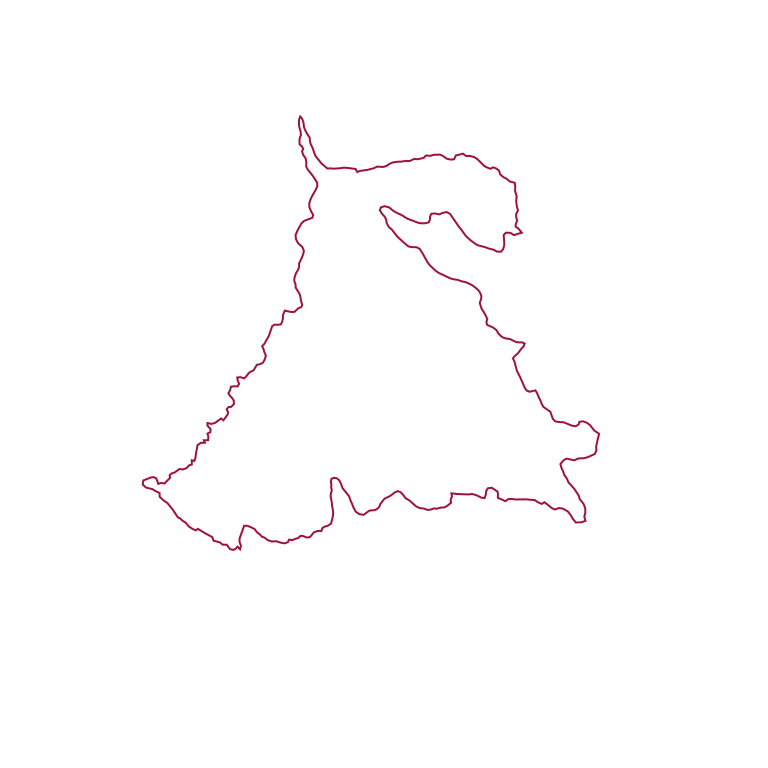 the district of Riacho dos Machados, Minas Gerais, Brazil, rotated 132°
{"feature_id": "56859067B56207215470849", "entity_name": "Riacho dos Machados", "entity_type": "district", "adm_level": 2, "iso_a3": "BRA", "parent_name": "Brazil", "parent_adm1": "Minas Gerais", "projection": "natural_earth1", "projection_center": [-43.01, -16.044], "detail": "fine", "context": "isolated", "style": "outline", "palette": "rose", "viewbox_px": 768, "rotation_deg": 132, "n_neighbors": 0, "source": "geoboundaries", "source_scale": "gbopen_adm2", "svg_char_len": 6166}
<svg xmlns="http://www.w3.org/2000/svg" viewBox="0 0 768 768"><g transform="rotate(132 384 384)"><path d="M241.3,625.3L243.8,624.3L246.4,622.5L249.2,619.6L252.3,614.8L254.7,612.2L257.6,611.2L259.8,609.6L262.4,607.1L262.3,604.0L263.3,601.4L266.0,600.5L267.7,597.6L268.8,593.2L271.2,590.1L274.4,587.4L275.6,584.3L277.1,575.6L279.1,568.4L281.7,565.9L284.9,564.8L292.7,563.1L296.3,562.0L300.1,560.2L302.4,557.9L304.3,554.2L305.8,549.7L308.5,548.5L316.2,552.5L320.0,552.8L327.4,551.1L332.5,549.4L335.3,546.3L336.9,542.0L336.8,536.4L338.6,532.7L341.4,531.0L344.8,529.7L351.2,527.8L353.8,525.4L357.2,524.1L360.4,523.6L365.2,521.5L367.6,519.4L369.1,516.5L371.5,514.1L373.3,507.8L374.5,505.4L378.1,500.8L379.9,497.7L382.3,496.9L384.7,498.3L390.3,498.8L392.3,500.8L394.1,503.6L395.8,506.8L400.3,505.3L403.0,502.9L405.7,501.4L408.7,500.5L411.1,502.6L413.1,505.0L415.8,505.8L425.7,501.6L430.1,500.8L433.7,499.8L437.5,499.8L438.8,496.6L440.3,494.5L442.0,490.7L445.6,489.1L449.1,488.2L452.2,489.4L454.8,491.3L461.1,490.1L464.1,491.3L466.5,491.8L470.2,491.5L473.3,491.6L475.1,495.4L477.4,497.4L479.4,494.9L480.8,491.8L483.8,491.2L486.1,494.0L488.4,495.9L491.7,494.2L495.1,493.4L495.8,490.6L496.1,487.4L496.8,484.6L499.4,482.1L503.3,482.3L505.1,484.1L508.1,484.0L509.2,481.1L511.4,479.7L518.5,479.1L518.6,482.0L525.9,483.5L529.1,485.5L531.1,489.1L533.0,487.4L533.6,482.7L535.9,480.8L539.0,482.0L540.6,479.4L543.4,477.0L546.3,480.2L547.5,477.8L550.0,480.6L554.1,481.7L562.3,476.7L565.5,474.4L568.0,473.5L569.3,475.8L572.5,472.9L574.8,474.4L578.5,474.4L581.9,476.1L584.0,479.1L589.9,480.4L592.7,482.0L595.2,482.3L596.9,480.2L604.9,480.6L606.6,483.5L609.3,484.9L607.8,487.5L606.5,490.5L607.5,493.1L609.6,494.8L616.7,498.3L620.2,496.0L620.2,491.5L617.1,485.8L616.5,482.3L615.2,477.8L617.9,475.3L618.1,470.5L617.4,465.3L618.7,457.1L621.0,448.0L620.3,445.4L620.4,442.2L619.8,439.0L620.5,433.5L619.7,428.9L618.6,425.8L616.2,425.4L614.6,417.1L612.7,409.1L614.5,405.9L611.6,400.2L611.3,396.3L608.6,393.2L609.8,388.0L608.0,384.9L605.7,384.0L602.9,384.0L603.2,380.4L599.8,382.2L598.1,385.7L595.3,388.0L582.9,393.1L580.7,390.5L579.6,387.4L578.4,383.1L579.2,378.9L578.8,375.8L579.2,372.9L578.1,369.8L577.8,365.8L575.9,361.7L573.0,359.0L571.1,354.7L568.8,351.1L565.9,349.6L563.2,350.4L561.3,347.7L558.3,346.2L555.8,344.6L552.9,344.5L551.1,342.5L549.9,338.8L547.4,336.6L541.0,336.8L537.3,334.8L535.2,332.1L532.1,333.4L529.4,332.5L526.9,330.9L523.3,329.9L516.8,333.3L513.9,335.4L511.2,338.4L509.6,340.8L507.3,343.1L503.2,348.5L500.6,350.4L498.0,351.6L496.0,354.3L493.9,355.8L492.0,358.3L489.6,359.6L487.1,358.4L485.7,356.1L485.5,352.8L486.7,349.6L489.1,345.2L490.8,334.8L492.9,331.1L494.5,327.4L496.2,324.0L497.8,319.6L497.2,315.2L494.8,311.6L487.8,310.1L483.9,306.5L481.5,305.5L478.5,305.3L475.4,306.5L469.0,306.9L462.7,304.4L457.5,303.5L454.4,302.1L453.3,299.4L453.5,296.1L454.4,291.7L453.5,286.9L453.5,278.3L452.2,274.2L449.8,270.9L448.5,267.4L446.0,265.2L443.1,263.7L441.6,261.5L438.0,259.2L435.1,256.4L431.5,255.3L427.4,254.7L425.2,257.2L422.1,258.2L420.1,260.7L416.7,255.9L411.4,249.5L409.1,246.9L406.9,245.1L405.5,242.5L404.3,239.3L403.4,235.8L401.5,232.9L398.1,234.3L395.1,236.5L391.9,237.0L389.0,234.5L388.0,227.6L390.3,224.9L392.4,223.3L389.8,215.3L386.5,214.7L384.3,212.6L381.8,209.0L374.8,201.4L369.3,194.1L368.9,190.4L367.5,186.5L364.5,185.7L364.2,182.5L363.9,176.0L363.0,173.1L359.1,171.0L357.0,167.8L355.7,162.1L356.4,157.9L357.9,153.3L358.6,148.8L354.6,144.7L350.9,142.7L348.5,146.4L345.0,148.2L341.7,151.3L339.7,155.2L339.0,158.7L338.6,161.7L336.7,164.4L334.6,172.3L333.6,181.3L332.0,184.5L330.9,189.2L329.1,192.4L327.8,195.6L325.5,199.3L322.0,199.5L319.5,199.3L317.0,198.1L314.9,194.1L313.1,191.3L310.0,190.2L307.5,188.0L305.5,185.9L302.2,183.7L294.9,180.5L291.2,181.8L288.5,184.5L282.4,188.0L277.1,190.8L277.9,196.6L276.7,203.4L277.0,207.2L278.6,211.2L281.4,213.5L283.8,212.3L287.2,213.3L289.2,216.4L292.2,224.8L295.9,229.5L297.2,232.0L296.9,235.2L293.3,241.9L294.4,250.4L293.0,254.1L291.6,256.7L290.1,260.5L288.4,264.1L287.4,267.2L292.3,270.6L293.4,273.5L292.6,276.9L287.7,287.7L285.4,293.8L281.8,299.4L280.0,302.0L278.7,305.4L275.4,305.5L271.6,305.0L265.4,305.6L262.8,305.4L259.8,306.5L260.7,309.3L262.8,311.5L264.5,314.2L266.4,320.6L269.0,324.6L270.1,327.8L270.0,332.5L268.7,336.5L269.0,340.6L271.1,347.0L269.5,349.3L266.6,350.7L265.2,353.9L263.7,358.1L263.1,361.0L261.6,363.9L259.6,367.2L256.0,368.6L253.4,370.6L251.9,373.7L251.2,376.4L251.2,380.3L251.6,384.4L252.4,387.7L253.7,391.5L255.6,394.8L257.4,399.1L259.7,402.5L261.2,405.6L264.8,417.6L265.3,421.7L265.1,429.5L264.4,433.2L261.2,442.5L259.7,448.0L260.6,451.4L263.3,454.5L265.2,457.4L265.6,460.3L265.6,472.6L264.0,481.4L264.1,485.6L262.5,489.8L260.3,492.5L259.2,495.4L258.8,499.5L257.7,503.3L254.9,504.5L251.5,502.6L249.3,498.2L249.2,494.0L248.6,490.3L246.5,483.3L246.0,479.8L245.2,476.5L241.1,466.0L239.3,463.4L236.9,460.9L233.9,458.9L230.8,460.0L228.7,461.9L225.7,462.7L223.0,460.0L220.9,456.4L217.5,454.8L214.3,452.5L213.4,448.6L217.1,433.3L217.6,429.7L219.2,422.4L219.3,416.1L218.8,410.2L218.2,407.3L214.6,400.3L213.4,397.2L210.8,392.2L210.1,388.8L207.5,385.6L204.3,385.6L200.4,387.5L197.7,390.0L193.3,394.7L190.0,394.7L187.1,391.2L186.4,387.0L183.1,385.2L179.4,382.8L178.6,387.9L179.0,391.5L176.9,393.1L173.4,394.4L171.6,397.3L169.4,399.5L165.5,400.5L162.8,404.5L159.4,408.4L155.9,410.8L152.8,415.8L149.7,418.3L147.0,421.4L149.3,426.0L149.5,430.3L150.4,433.9L150.5,437.8L148.5,441.3L148.7,444.8L150.0,447.9L152.9,449.0L153.9,451.6L154.9,455.3L154.4,465.0L155.0,468.7L157.0,472.8L159.7,475.5L160.0,479.4L166.1,483.5L170.1,482.3L172.6,484.6L174.6,488.2L175.0,492.2L176.0,495.8L180.4,500.4L183.4,502.2L186.1,505.7L189.4,505.8L194.5,509.4L196.4,512.1L201.1,514.1L203.7,517.2L207.3,520.0L209.3,522.2L211.7,524.3L214.2,526.1L216.7,527.2L220.1,528.0L223.0,529.6L227.1,534.6L230.6,536.0L236.1,539.7L241.8,544.5L244.4,545.7L243.2,548.9L247.6,555.4L250.1,558.6L252.7,560.7L257.7,565.5L259.4,567.9L261.7,570.2L262.0,577.9L260.4,587.4L258.4,591.5L256.8,594.0L254.6,599.4L253.0,601.6L250.6,604.1L249.6,608.3L248.2,612.1L246.8,615.1L243.2,619.3L241.7,622.2L241.3,625.3Z" fill="none" stroke="#9f1239" stroke-width="2"/></g></svg>